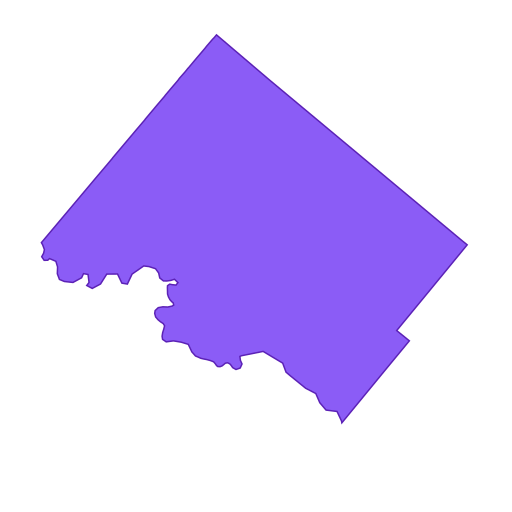 outline of Williams, North Dakota, United States of America, rotated 40°
{"feature_id": "52423323B9196090230965", "entity_name": "Williams", "entity_type": "district", "adm_level": 2, "iso_a3": "USA", "parent_name": "United States of America", "parent_adm1": "North Dakota", "projection": "orthographic", "projection_center": [-103.614, 48.296], "detail": "fine", "context": "isolated", "style": "filled", "palette": "violet", "viewbox_px": 512, "rotation_deg": 40, "n_neighbors": 0, "source": "geoboundaries", "source_scale": "gbopen_adm2", "svg_char_len": 1903}
<svg xmlns="http://www.w3.org/2000/svg" viewBox="0 0 512 512"><g transform="rotate(40 256 256)"><path d="M410.6,111.7L408.1,111.7L404.5,111.8L153.6,112.5L83.6,112.0L83.6,115.0L83.6,115.6L83.4,117.9L83.3,126.9L83.4,130.1L83.3,142.4L83.3,152.2L83.3,155.7L83.2,156.0L83.3,158.1L83.3,161.5L83.1,169.1L83.3,171.6L83.2,183.1L83.2,189.1L83.2,189.3L83.2,191.6L83.3,192.1L83.2,202.7L83.2,207.0L83.2,215.7L83.2,216.2L83.2,222.4L83.3,222.7L83.2,236.3L83.1,272.7L83.2,273.4L83.2,277.2L83.2,277.9L83.2,279.2L83.1,299.5L83.1,300.1L83.1,307.0L83.1,312.0L83.0,383.7L85.4,384.6L89.8,387.1L91.5,390.4L92.3,394.3L96.5,395.5L99.2,393.1L99.5,390.7L106.1,388.7L111.0,391.9L115.2,397.3L120.5,400.3L125.6,398.7L132.8,393.9L136.4,384.8L135.2,380.4L139.2,378.1L145.1,383.6L145.3,387.4L151.4,386.1L154.9,377.4L153.3,365.8L161.5,358.8L170.7,363.0L175.5,360.2L172.7,349.5L176.4,335.8L180.8,332.9L187.2,330.3L192.4,331.6L196.4,334.7L201.1,334.6L203.8,332.4L206.5,329.4L208.5,326.2L213.3,326.6L213.4,329.7L210.1,331.9L208.0,333.0L207.3,335.6L208.4,337.1L210.7,339.7L212.7,342.0L215.2,343.6L218.2,344.8L221.0,345.2L222.6,345.1L224.5,346.5L224.0,348.2L221.2,351.8L217.3,354.8L214.3,358.4L213.8,362.6L215.3,365.1L218.3,367.2L221.8,367.8L225.1,367.8L228.3,367.4L230.8,368.2L232.4,371.4L233.7,374.6L235.6,377.8L238.0,379.9L242.4,379.5L247.3,374.1L254.1,370.1L260.9,367.2L268.5,370.7L273.9,371.5L276.4,370.7L279.6,369.8L282.3,368.4L285.0,366.9L288.3,365.4L291.5,364.3L294.1,364.7L296.2,365.3L297.7,365.3L299.6,363.9L300.7,361.9L301.1,359.7L301.4,357.9L302.7,356.2L304.2,355.7L305.9,355.5L307.7,355.9L309.9,356.5L313.6,355.8L315.9,352.0L314.7,347.7L311.2,346.0L308.2,343.3L309.0,341.7L322.8,324.5L345.3,320.9L353.7,325.7L359.9,325.7L379.1,325.4L390.2,322.9L399.2,327.4L408.7,329.0L418.0,323.0L427.5,327.4L429.0,328.6L428.3,260.2L428.0,222.4L411.7,222.7L411.0,148.7L410.6,111.7Z" fill="#8b5cf6" stroke="#5b21b6" stroke-width="1.5"/></g></svg>